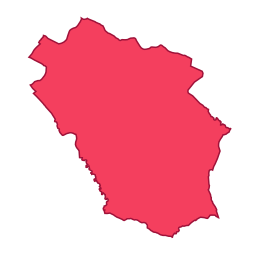 outline of Vulcana-Pandele, Dâmbovita, Romania, rotated 183°
{"feature_id": "2599482B55565762838065", "entity_name": "Vulcana-Pandele", "entity_type": "district", "adm_level": 2, "iso_a3": "ROU", "parent_name": "Romania", "parent_adm1": "Dâmbovita", "projection": "mercator", "projection_center": [25.375, 45.036], "detail": "fine", "context": "isolated", "style": "filled", "palette": "rose", "viewbox_px": 256, "rotation_deg": 183, "n_neighbors": 0, "source": "geoboundaries", "source_scale": "gbopen_adm2", "svg_char_len": 5692}
<svg xmlns="http://www.w3.org/2000/svg" viewBox="0 0 256 256"><g transform="rotate(183 128 128)"><path d="M180.3,235.3L180.2,234.9L180.4,233.6L181.4,231.4L183.5,227.8L184.8,226.2L186.1,225.4L187.9,224.8L189.9,223.6L191.2,222.4L191.7,221.3L192.9,217.2L193.8,213.5L194.7,212.2L196.6,210.4L199.0,209.1L201.6,208.4L212.6,213.2L215.1,215.5L217.2,216.0L217.2,215.7L217.4,214.8L218.0,213.9L217.9,213.9L219.4,212.2L219.3,211.9L220.2,211.0L220.9,210.2L221.6,208.6L220.1,207.4L223.7,203.7L225.2,201.9L226.1,200.6L227.8,197.1L230.6,193.5L228.7,192.9L224.4,190.7L218.1,188.0L216.2,186.9L215.5,186.0L214.0,185.7L212.7,184.6L212.8,179.5L213.3,177.8L214.0,176.1L216.6,172.4L217.4,171.6L218.4,170.8L220.5,170.6L223.6,169.4L224.9,167.8L226.2,166.5L227.8,165.8L225.2,162.5L221.9,159.7L224.2,157.6L220.8,154.6L216.1,150.1L213.7,147.7L213.1,146.8L212.5,146.5L211.2,144.8L205.0,138.6L204.3,137.5L201.1,133.0L201.5,131.6L201.6,130.9L201.3,130.5L199.8,130.3L199.5,130.0L198.8,128.2L198.6,127.6L198.9,126.9L198.8,125.9L198.0,124.0L196.7,123.5L196.5,123.1L196.7,121.9L195.7,119.9L193.7,117.8L193.1,117.3L192.4,117.3L191.6,117.7L189.0,119.2L185.9,120.2L184.5,120.3L182.5,119.9L181.8,119.5L180.9,119.3L180.7,119.0L179.7,118.9L179.0,116.7L178.7,114.8L178.9,113.3L179.5,111.2L179.6,109.3L179.6,108.7L179.0,107.1L178.7,106.5L177.8,105.2L176.5,103.8L175.6,102.5L174.8,95.9L174.0,95.8L172.1,95.9L172.4,93.9L172.2,93.7L171.4,93.4L170.9,93.5L170.3,93.2L170.0,93.2L169.2,93.9L167.9,93.8L167.6,93.6L167.5,92.9L168.1,92.2L167.5,90.5L166.9,89.9L166.3,89.5L166.7,89.0L167.8,88.4L167.9,87.1L167.8,86.6L167.3,86.5L166.6,86.7L166.2,87.4L165.1,88.0L164.3,85.6L164.8,85.3L164.8,85.1L164.5,84.4L162.7,83.6L162.3,83.3L161.9,83.2L161.7,82.9L161.6,82.2L161.8,81.7L162.7,81.4L162.8,81.3L162.8,81.0L162.1,80.7L161.9,80.5L161.8,79.8L161.7,79.7L160.8,80.3L160.5,80.2L158.9,79.8L158.3,79.4L158.0,78.0L157.6,77.5L157.7,76.6L157.5,76.3L157.4,75.8L157.6,75.6L158.9,75.3L159.1,75.1L159.2,74.9L159.2,74.4L159.2,74.2L158.8,74.0L158.3,74.0L158.2,73.9L158.5,73.1L158.3,73.0L156.9,74.2L156.7,74.2L156.2,72.6L155.5,72.3L155.4,72.1L155.3,71.5L154.9,71.3L153.8,71.0L153.5,70.8L153.2,70.0L152.8,69.5L152.7,69.3L152.7,69.1L153.5,68.2L153.4,68.0L153.3,67.8L152.5,67.3L152.1,66.8L151.9,66.3L151.9,65.9L152.0,65.7L152.8,66.0L153.2,66.0L153.5,65.6L153.5,65.3L153.2,65.0L152.7,63.8L152.5,63.6L151.8,63.1L151.1,63.0L150.8,62.1L150.9,61.6L150.9,61.0L150.8,60.3L150.3,60.2L150.1,60.4L149.7,60.9L149.6,61.8L149.3,61.9L148.2,60.8L147.3,60.3L147.3,59.1L146.9,58.1L147.3,56.6L147.3,56.3L147.2,56.0L146.6,55.6L146.0,55.5L145.8,55.6L145.5,56.5L145.1,56.6L144.7,56.3L144.0,55.2L144.0,54.8L144.4,53.8L145.4,53.2L145.5,53.0L145.6,52.1L145.2,50.4L145.7,50.0L146.2,49.3L147.7,48.8L147.8,47.9L148.0,47.2L148.5,46.6L148.4,45.9L148.1,44.9L146.9,44.8L147.0,44.5L147.2,44.3L147.4,44.0L146.6,41.5L144.1,41.6L141.6,42.1L138.9,40.9L138.0,40.6L136.9,39.8L134.2,38.3L132.8,37.9L128.9,36.4L128.2,35.9L127.3,35.5L126.9,35.5L125.2,36.5L124.2,37.3L121.6,37.5L120.6,37.8L119.8,37.6L118.1,36.9L116.6,36.5L115.7,36.8L114.5,36.7L113.1,36.2L111.3,35.0L109.5,34.2L108.8,34.2L107.0,34.5L105.3,34.0L103.6,32.1L103.5,29.3L101.4,28.2L99.7,26.8L97.6,25.8L97.4,25.5L95.3,25.2L94.9,25.3L93.6,24.7L93.0,24.7L90.0,23.1L87.5,22.6L84.8,22.7L82.0,22.1L78.6,22.0L77.9,20.6L78.0,21.1L77.6,23.0L76.5,24.6L76.3,25.1L76.1,25.3L75.2,24.9L74.4,25.0L74.2,25.4L74.2,26.3L74.1,26.7L73.8,26.9L72.7,27.0L72.4,27.2L71.6,28.1L71.6,28.7L72.2,30.0L72.0,31.2L71.3,31.7L70.9,31.7L69.3,32.3L68.6,33.0L66.9,32.9L64.1,33.8L62.8,33.8L61.5,34.9L61.0,35.7L58.9,37.6L57.1,39.0L55.9,39.6L55.6,39.5L55.5,39.3L54.6,40.0L54.4,40.6L51.5,42.4L50.7,42.7L47.1,42.5L45.4,42.1L44.2,41.9L43.6,42.1L43.0,43.0L42.0,44.2L41.9,44.7L41.5,45.2L40.1,45.4L36.8,45.5L36.4,45.4L35.3,44.3L33.8,43.8L33.3,43.3L32.9,43.2L35.5,49.9L35.2,50.5L35.2,51.1L36.7,53.8L39.5,57.5L39.6,58.4L40.8,60.1L41.2,61.2L41.2,62.8L41.8,64.0L42.1,65.7L44.6,70.5L44.3,70.8L43.9,72.4L43.7,74.9L44.0,75.3L44.3,76.5L45.2,83.6L44.9,84.2L44.7,84.9L45.0,87.2L44.7,89.4L44.3,90.2L43.3,90.6L42.1,90.8L41.3,90.4L40.4,94.0L39.1,96.8L37.1,102.2L34.9,109.8L36.6,114.4L36.7,116.9L36.4,119.0L35.1,121.7L33.5,124.3L32.7,126.2L31.6,126.3L29.6,127.1L28.7,128.0L26.8,129.3L26.4,130.8L25.4,132.6L25.8,132.9L27.0,132.6L27.4,132.8L28.4,133.6L29.6,133.5L30.2,133.8L31.0,135.5L31.6,136.2L32.4,136.2L32.7,136.6L33.4,136.9L33.9,136.9L34.1,136.3L34.6,136.3L35.4,135.7L35.7,135.8L35.7,136.8L35.4,138.8L35.6,139.1L36.3,139.2L36.2,139.6L36.4,139.9L37.5,140.3L38.3,141.0L38.7,141.7L39.8,142.8L40.2,142.8L40.6,142.1L40.5,141.0L41.1,140.6L42.1,140.5L42.8,141.1L42.7,142.2L44.7,143.7L45.7,143.8L46.3,145.2L47.5,146.6L48.8,148.8L48.7,149.5L48.6,150.2L48.6,150.8L49.9,151.2L51.4,152.5L52.6,152.6L54.5,154.6L57.5,156.3L65.1,163.5L68.5,165.4L69.6,166.1L70.1,167.5L70.0,169.1L64.1,177.3L56.4,183.3L56.0,186.6L56.9,188.5L68.7,193.1L68.1,200.2L71.3,201.9L72.1,202.0L74.4,203.3L75.3,203.5L76.5,203.4L77.0,203.5L82.3,205.3L84.8,205.2L87.7,205.6L90.4,206.4L92.3,207.3L95.1,210.0L96.9,211.0L98.6,212.3L99.4,212.5L100.0,212.5L102.1,210.8L103.6,210.2L104.7,210.0L108.2,210.1L109.1,210.0L109.8,209.5L110.6,208.6L111.9,208.2L114.0,207.6L116.0,207.4L116.6,207.5L118.0,208.1L119.0,208.7L120.4,210.3L124.0,215.4L124.9,217.2L125.3,217.7L125.8,218.0L126.7,218.3L130.2,217.8L132.2,216.8L132.8,216.4L133.5,216.2L135.6,215.9L138.6,215.9L140.1,215.1L140.5,215.0L140.8,215.1L141.6,215.5L142.5,216.4L144.8,217.4L146.7,219.1L151.4,221.4L152.8,221.7L153.1,221.9L155.5,223.7L156.0,224.3L156.3,224.7L157.1,226.5L158.4,228.7L159.9,229.2L161.7,230.5L162.4,230.7L162.6,230.7L166.0,232.0L166.4,232.4L173.1,234.7L174.4,235.4L174.9,234.9L175.3,234.7L177.4,234.2L178.5,234.3L180.3,235.3Z" fill="#f43f5e" stroke="#9f1239" stroke-width="1.5"/></g></svg>